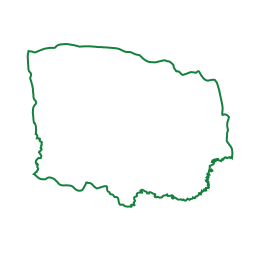 Romeas Haek, Svay Rieng, Cambodia, rotated 95°
{"feature_id": "14789045B82732978056422", "entity_name": "Romeas Haek", "entity_type": "district", "adm_level": 2, "iso_a3": "KHM", "parent_name": "Cambodia", "parent_adm1": "Svay Rieng", "projection": "albers", "projection_center": [105.801, 11.431], "detail": "fine", "context": "isolated", "style": "outline", "palette": "green", "viewbox_px": 256, "rotation_deg": 95, "n_neighbors": 0, "source": "geoboundaries", "source_scale": "gbopen_adm2", "svg_char_len": 5812}
<svg xmlns="http://www.w3.org/2000/svg" viewBox="0 0 256 256"><g transform="rotate(95 128 128)"><path d="M52.2,131.9L52.2,134.7L52.4,136.6L52.1,138.0L50.1,143.6L49.8,144.9L49.6,147.7L49.6,155.6L49.8,160.3L49.7,161.6L50.0,164.3L49.9,168.5L50.0,173.7L50.4,178.1L51.2,183.8L50.9,184.7L50.2,189.0L49.7,195.7L49.9,198.1L50.7,202.8L51.1,204.0L52.4,206.2L54.1,207.5L54.6,208.4L55.1,213.7L55.9,216.3L56.0,217.2L57.3,220.3L60.6,226.7L60.8,227.3L60.8,228.1L60.2,230.6L60.1,231.4L60.3,233.4L60.1,233.8L64.0,234.2L65.9,234.1L78.1,232.3L79.7,231.7L80.9,230.7L81.7,229.8L82.9,229.2L84.5,229.3L86.6,229.8L87.9,229.5L89.4,228.8L93.6,227.2L97.0,226.2L100.0,225.8L103.6,225.0L104.8,225.0L106.1,224.7L107.7,223.9L108.2,223.5L108.6,222.7L110.3,221.8L111.1,221.7L111.8,221.9L114.2,223.5L116.2,224.2L120.9,224.2L124.1,223.5L127.9,222.9L130.8,222.2L131.2,221.9L131.3,221.3L133.1,220.4L134.5,219.9L138.4,219.4L141.3,219.3L142.1,219.4L142.3,218.6L143.7,217.7L144.9,217.5L146.2,217.9L146.2,215.2L146.5,214.8L147.3,214.8L147.6,215.1L148.6,214.7L148.9,214.4L149.4,212.8L149.7,212.6L150.3,212.5L151.2,212.8L152.1,212.5L152.3,212.7L153.3,213.0L154.1,212.7L155.5,213.3L155.9,213.2L156.5,212.2L157.0,212.2L158.1,212.9L159.3,214.4L159.7,214.5L160.1,214.5L160.5,214.1L161.4,213.2L162.1,212.9L162.9,212.1L163.4,211.9L164.9,212.0L165.6,212.4L165.8,213.2L165.6,214.4L166.5,215.3L167.8,216.4L168.9,216.9L169.2,216.9L169.8,216.8L170.5,216.9L171.4,216.4L171.4,215.5L172.2,215.6L172.3,215.0L172.5,214.6L173.3,215.0L174.5,215.0L175.2,214.8L176.1,214.0L176.5,213.9L177.3,214.0L179.0,215.1L179.9,215.3L180.0,215.8L180.6,216.4L181.1,216.7L182.2,217.8L182.7,216.6L185.8,212.5L186.1,211.6L186.4,210.5L186.5,209.2L186.4,206.3L186.0,205.4L184.8,204.0L184.2,202.8L184.1,202.1L184.2,200.2L185.1,197.3L186.8,195.1L188.3,193.3L189.2,192.6L190.1,191.4L190.7,189.9L190.9,188.2L190.4,183.7L190.4,181.0L190.6,179.3L191.4,177.7L192.4,176.6L194.0,174.3L194.7,172.6L194.7,170.6L194.5,169.6L193.8,168.3L192.6,167.4L190.1,166.3L186.9,165.0L186.0,164.8L185.8,164.2L186.1,163.7L186.2,163.2L186.1,161.9L186.3,160.7L186.8,159.4L189.4,156.5L190.9,154.0L190.5,152.5L188.2,147.0L188.0,145.9L187.9,144.3L188.5,143.9L189.2,143.6L191.3,143.4L192.3,143.0L193.0,142.4L193.5,141.0L194.0,140.6L194.7,140.5L195.2,140.2L195.4,139.7L195.7,137.8L196.0,137.0L197.8,135.6L198.0,135.2L197.7,133.3L198.5,132.1L199.2,131.6L202.6,130.7L204.8,129.7L205.1,129.1L205.1,128.3L204.8,127.2L204.8,126.2L205.2,125.5L205.9,124.8L206.2,124.0L206.4,122.2L206.1,119.6L206.2,118.0L205.9,117.6L204.6,118.1L204.3,118.1L204.1,117.5L204.0,116.5L204.5,115.3L204.4,114.9L203.7,115.0L202.2,115.8L201.7,115.8L200.1,114.6L198.2,115.6L196.9,115.8L196.4,115.6L195.8,114.9L195.5,113.7L195.1,113.2L194.6,113.2L193.3,113.5L192.8,113.4L192.2,113.0L191.8,112.5L191.5,111.8L191.1,109.9L191.3,108.7L191.2,108.3L190.6,108.4L190.2,109.9L189.6,110.2L189.2,110.1L188.5,109.2L188.3,108.5L188.5,107.7L189.6,105.5L190.0,103.9L191.4,103.2L191.4,101.5L190.1,101.1L190.0,100.5L190.4,99.0L191.3,96.9L191.7,95.1L192.5,94.9L193.5,95.6L194.3,95.2L194.6,94.3L194.1,92.3L194.1,91.7L194.6,90.8L194.3,88.5L194.1,88.1L193.6,87.9L192.6,87.1L192.1,86.3L191.7,84.3L191.2,83.9L190.8,83.2L192.2,82.5L191.9,79.9L191.2,78.7L191.2,78.2L191.8,77.2L192.5,76.9L193.1,77.4L193.2,78.0L193.7,78.2L194.3,77.6L194.3,77.1L193.5,76.1L193.2,75.9L193.0,75.4L193.5,74.7L193.6,74.1L194.7,72.6L194.9,71.7L194.9,70.7L194.5,69.2L194.5,68.7L195.1,67.7L195.0,67.4L194.4,66.7L194.6,66.1L195.0,65.8L195.3,65.3L195.2,64.3L195.0,63.7L194.0,63.2L193.2,62.4L194.2,60.5L193.4,59.8L192.7,57.6L192.3,57.2L191.5,57.1L192.0,56.1L192.0,55.3L191.7,54.9L190.7,54.8L190.2,54.1L190.0,53.2L188.4,51.7L186.7,51.5L186.6,50.7L187.5,50.8L187.8,49.9L187.7,49.5L187.0,49.6L184.8,49.1L185.2,48.9L185.2,48.5L184.3,47.7L182.5,46.7L182.8,46.2L183.7,45.9L183.6,44.9L183.3,44.6L182.7,45.0L181.8,45.0L181.6,45.3L180.9,45.1L180.8,44.1L180.9,42.9L180.3,42.2L180.0,42.3L178.4,43.4L178.0,42.4L177.2,42.6L177.5,42.9L177.5,43.4L176.7,43.6L174.7,43.2L174.4,43.5L174.6,43.8L174.1,44.2L174.2,44.7L174.7,44.8L174.2,45.5L173.5,45.8L173.5,45.1L173.0,44.7L172.5,44.7L172.2,43.9L171.5,44.1L170.5,45.5L170.0,45.1L170.1,43.4L169.4,43.5L168.5,44.0L167.5,44.9L167.1,44.9L167.6,43.5L167.5,42.9L167.1,43.1L166.2,44.0L163.7,43.6L162.9,43.4L163.2,42.8L163.7,43.2L163.9,42.9L163.9,41.1L163.2,40.2L162.2,41.1L162.6,41.4L162.8,42.1L162.3,42.7L161.9,43.1L161.5,43.1L158.5,43.2L157.9,41.6L157.2,40.8L156.7,39.8L156.3,39.6L154.9,39.3L154.8,39.7L154.3,39.9L153.9,40.5L154.5,40.7L154.7,41.1L154.6,41.5L153.2,41.1L152.3,40.0L152.1,39.4L152.7,39.7L153.1,39.5L153.2,38.8L153.5,38.2L152.5,37.1L152.1,36.9L151.4,37.3L151.1,36.6L151.1,35.6L152.0,35.7L152.3,34.8L152.5,33.4L152.9,32.5L152.3,32.4L151.8,31.9L151.5,30.8L151.2,30.3L150.7,30.3L150.6,31.0L150.3,30.7L150.1,29.8L149.0,29.0L148.7,28.5L148.8,27.8L149.1,27.6L149.3,27.1L149.3,26.3L148.8,25.8L148.5,24.9L148.6,24.5L148.3,24.1L148.8,23.6L149.0,23.1L148.1,22.9L147.8,22.6L147.8,22.2L148.3,21.8L144.1,21.8L141.8,22.2L139.7,22.7L137.7,23.9L132.8,28.2L131.5,28.6L129.6,28.7L127.4,28.6L125.4,28.8L123.6,28.7L121.6,28.2L117.2,29.4L113.5,29.5L110.0,28.6L108.2,28.4L106.8,30.1L106.1,31.7L106.0,33.0L106.7,35.0L105.9,35.3L104.6,35.4L100.6,35.4L98.1,35.8L95.8,36.4L82.0,40.6L75.3,43.3L74.4,43.9L73.6,44.9L72.9,45.3L72.5,45.8L72.4,46.6L72.9,49.3L73.8,52.3L73.8,53.5L73.4,54.9L72.6,56.3L71.5,57.5L69.0,59.8L65.7,62.0L65.3,62.8L65.6,63.7L66.7,64.6L67.1,65.3L66.9,66.6L66.8,69.7L67.2,71.3L68.7,74.1L70.1,77.4L70.3,78.0L70.2,78.6L69.8,79.4L68.1,81.2L67.5,82.1L67.1,83.2L67.4,83.7L67.3,84.3L67.0,85.2L65.9,85.9L64.2,87.4L63.6,87.7L62.1,88.0L61.2,88.3L59.9,89.9L58.6,91.7L58.1,92.7L58.1,94.6L57.3,97.1L57.8,99.3L60.2,106.4L60.4,110.7L60.3,113.1L59.4,115.7L58.3,117.8L57.7,118.7L54.5,122.8L54.3,123.3L54.2,125.5L53.9,127.0L52.7,130.7L52.2,131.9Z" fill="none" stroke="#15803d" stroke-width="2"/></g></svg>